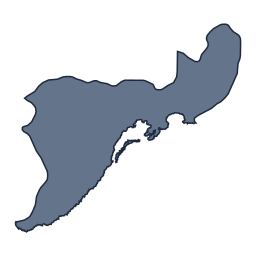 the district of Pueblo Viejo, Azua, Dominican Republic
{"feature_id": "3306468B59626233413170", "entity_name": "Pueblo Viejo", "entity_type": "district", "adm_level": 2, "iso_a3": "DOM", "parent_name": "Dominican Republic", "parent_adm1": "Azua", "projection": "robinson", "projection_center": [-70.862, 18.341], "detail": "fine", "context": "isolated", "style": "filled", "palette": "slate", "viewbox_px": 256, "rotation_deg": 0, "n_neighbors": 0, "source": "geoboundaries", "source_scale": "gbopen_adm2", "svg_char_len": 5883}
<svg xmlns="http://www.w3.org/2000/svg" viewBox="0 0 256 256"><path d="M177.5,51.4L177.2,72.0L176.6,77.1L173.5,82.7L168.4,85.2L161.8,89.5L158.9,89.8L156.1,89.4L155.0,88.6L153.4,85.0L152.7,84.2L145.3,80.8L143.1,80.3L124.9,80.2L121.5,81.6L116.5,85.6L113.1,86.0L111.1,85.6L107.1,83.7L100.4,82.5L96.4,80.7L93.9,80.8L89.3,82.6L86.6,82.6L81.2,80.3L76.7,79.0L72.6,77.0L69.7,76.5L65.1,76.6L62.3,77.2L57.5,79.2L48.5,80.0L42.6,82.8L38.8,86.1L34.8,91.5L27.2,96.1L24.6,98.2L27.2,100.4L31.3,102.6L33.7,105.0L35.6,107.9L36.1,111.6L35.4,114.5L31.7,121.8L27.7,125.5L23.1,126.8L22.4,127.7L22.3,129.7L23.8,131.6L27.6,133.8L29.8,136.2L36.6,151.4L41.0,157.7L46.8,170.2L47.6,173.0L47.7,176.8L47.3,179.1L46.4,181.1L40.7,187.8L39.2,190.3L36.5,196.7L35.4,204.8L32.5,211.8L30.0,216.3L28.6,217.6L24.4,220.1L17.5,221.7L15.9,221.7L15.9,222.8L15.4,223.1L15.9,223.7L15.6,224.7L16.2,225.9L17.8,227.8L18.3,227.8L18.3,228.4L18.9,228.4L18.9,229.0L20.5,228.4L20.5,229.0L21.8,229.6L21.8,230.2L22.9,230.2L22.9,230.5L24.0,230.2L24.0,230.8L26.4,231.8L26.4,231.5L27.5,231.2L27.5,230.5L29.4,230.5L30.2,229.9L31.0,229.9L31.0,229.6L31.8,229.6L32.0,229.0L32.9,229.0L33.4,227.8L34.2,227.4L34.2,226.8L35.3,226.5L35.8,225.9L36.6,225.9L36.6,225.3L38.0,225.0L38.0,224.7L38.5,225.0L40.1,224.7L40.1,225.0L40.9,225.0L41.2,225.6L42.5,225.6L42.5,224.7L43.1,224.0L44.7,224.0L45.0,224.7L46.6,225.0L46.6,225.3L47.9,225.3L49.0,224.4L51.2,224.4L51.4,223.1L53.6,221.9L54.1,220.6L56.0,220.3L56.8,219.1L58.7,219.1L58.4,217.9L59.5,216.0L61.1,216.3L61.6,215.7L64.1,215.7L65.1,214.5L67.3,214.8L67.3,213.2L68.6,212.9L68.4,211.7L70.3,211.1L70.5,209.8L71.1,209.2L71.9,209.2L72.4,208.3L72.9,208.3L74.3,206.1L75.4,206.4L75.9,205.8L75.6,204.9L76.2,204.2L76.4,204.6L78.6,204.2L78.9,203.0L79.4,202.7L79.1,201.2L81.0,201.5L81.0,200.8L81.3,200.8L81.0,199.6L81.6,199.6L81.8,198.4L82.6,197.8L82.6,196.5L83.4,196.2L84.2,196.8L84.2,196.5L84.8,196.5L85.1,194.7L87.2,194.0L87.5,192.5L88.0,192.2L88.0,191.3L88.6,191.3L89.1,190.6L89.1,189.4L89.9,189.7L91.8,188.5L92.9,188.8L93.4,187.5L93.9,187.5L94.2,186.6L95.5,186.3L96.1,185.7L96.1,184.8L96.6,184.5L96.9,183.2L97.4,183.2L98.2,180.7L99.3,180.7L99.3,180.4L100.4,180.1L100.9,177.7L103.4,175.5L103.6,173.6L104.4,172.7L104.4,171.5L104.2,171.5L104.4,170.2L105.2,169.9L106.3,168.7L107.1,166.8L108.5,166.8L108.7,166.2L109.8,165.9L111.2,164.4L111.4,162.8L112.0,162.8L113.0,161.6L112.8,160.9L111.7,161.3L111.2,160.6L111.2,159.4L111.4,159.4L111.2,158.5L111.7,157.5L111.4,156.3L112.0,156.0L112.5,154.8L112.8,152.6L113.3,152.3L113.3,151.1L113.8,151.1L114.4,150.1L114.4,149.2L113.8,148.6L113.8,146.1L115.2,144.6L115.5,143.3L116.3,142.7L116.5,141.8L117.3,141.5L117.9,139.9L118.4,139.9L119.2,138.4L120.3,137.8L120.8,135.3L121.4,135.3L121.6,134.7L121.9,132.8L123.5,131.0L125.7,131.3L126.8,130.0L127.6,127.6L129.5,127.2L130.3,126.6L131.6,126.6L132.4,127.6L133.2,127.6L133.8,126.9L135.1,126.9L135.6,125.4L133.5,125.7L133.2,124.5L133.8,123.8L134.8,123.8L135.4,122.9L135.4,122.0L136.2,122.0L136.4,120.4L137.0,120.4L137.0,120.1L141.3,119.5L141.8,120.1L141.8,121.4L142.4,122.0L142.9,122.0L143.2,122.6L144.0,122.6L144.2,121.1L146.4,120.7L146.9,121.1L146.7,123.5L147.2,124.5L148.3,124.1L148.6,124.8L151.0,125.4L151.0,126.9L150.4,127.6L149.6,127.6L149.4,128.2L148.6,128.2L147.7,129.1L147.7,130.0L147.2,130.3L147.2,131.0L147.7,131.0L148.0,131.9L147.7,132.2L146.7,131.9L145.3,133.7L144.5,134.0L144.5,135.0L145.1,135.0L145.3,135.9L147.2,135.9L148.3,135.0L149.1,135.0L149.4,134.0L150.2,134.0L150.2,133.7L150.7,134.0L150.7,134.7L151.2,134.7L153.7,132.5L153.4,131.0L155.3,130.3L155.0,132.5L153.7,134.0L151.5,134.7L151.2,135.6L150.2,135.9L149.4,137.4L148.0,138.1L148.0,139.3L149.4,140.2L152.3,139.6L152.9,138.7L153.7,138.7L154.2,137.8L154.2,136.8L153.9,136.8L154.2,135.9L156.1,136.5L157.2,135.6L157.2,135.0L157.7,134.4L158.2,134.4L159.0,133.4L159.3,132.2L159.9,131.9L159.9,130.0L158.5,129.1L158.8,127.9L159.9,127.9L160.9,129.4L162.3,129.4L162.3,129.1L165.5,129.1L166.6,127.9L167.9,127.2L167.9,125.1L168.2,125.1L168.5,123.8L168.2,123.8L168.2,122.9L167.4,122.0L166.8,122.0L166.3,121.1L166.3,118.0L167.1,117.7L167.1,117.0L169.5,114.6L170.6,114.6L172.0,113.6L173.8,113.6L174.4,112.7L179.5,113.3L179.8,113.9L181.6,113.9L181.6,114.3L182.4,114.3L182.7,114.9L183.3,114.9L184.3,117.0L184.3,118.9L184.9,119.2L184.9,120.1L183.3,121.4L182.7,121.4L182.7,122.0L184.1,123.2L184.9,122.6L187.6,122.9L187.6,123.2L187.8,122.9L188.1,123.2L190.3,123.2L190.3,122.9L192.4,123.2L192.7,122.9L193.2,123.5L194.0,123.5L194.3,122.9L195.8,122.9L194.4,121.4L194.4,118.2L197.6,115.7L211.5,108.3L217.1,103.7L220.7,101.8L225.0,97.8L228.2,93.8L237.2,73.6L238.0,63.7L239.9,58.6L240.4,55.6L240.6,42.6L240.4,38.7L239.6,36.6L238.4,35.0L233.3,31.7L230.4,28.4L228.2,25.2L225.9,24.2L221.9,24.3L220.0,25.0L213.6,28.6L210.4,31.6L207.6,34.9L206.7,36.9L206.5,38.3L206.7,39.7L208.1,43.1L208.1,45.9L206.7,48.4L201.6,54.6L200.0,59.7L198.9,61.2L197.1,61.7L194.6,61.3L188.3,57.6L183.3,53.3L177.5,51.4ZM138.6,139.6L137.0,140.8L135.9,140.2L131.1,140.5L131.1,140.8L127.8,140.2L128.1,142.1L126.2,141.8L125.9,142.4L125.4,142.4L125.1,143.6L124.6,143.9L124.1,145.2L124.1,146.4L123.0,147.7L122.2,148.0L122.2,148.6L122.7,148.6L123.0,149.5L122.5,149.8L122.5,148.9L121.4,148.9L121.6,150.7L120.8,151.7L120.3,151.7L120.3,150.7L119.5,150.7L119.5,152.3L120.0,152.6L120.0,153.2L119.2,153.5L119.0,154.5L118.7,154.5L119.0,153.2L118.4,152.9L117.1,153.2L117.1,153.8L116.3,154.5L116.0,157.2L115.5,158.2L115.5,159.1L116.3,159.7L116.3,160.6L115.7,161.3L116.0,162.5L116.8,162.2L116.8,160.6L117.6,159.7L117.6,157.5L117.9,156.9L118.4,156.9L118.4,156.0L120.8,153.5L121.1,152.6L122.2,152.0L122.2,151.1L122.7,151.1L124.1,149.5L124.6,149.5L124.9,148.3L124.3,148.3L124.3,148.0L125.1,147.7L125.1,147.0L127.0,144.9L127.0,144.3L128.1,144.3L128.1,143.9L129.7,143.6L130.3,143.0L131.6,143.0L132.9,141.5L137.0,141.5L137.0,141.8L139.4,141.5L139.7,140.2L139.1,140.2L138.6,139.6Z" fill="#64748b" stroke="#1e293b" stroke-width="1.5"/></svg>